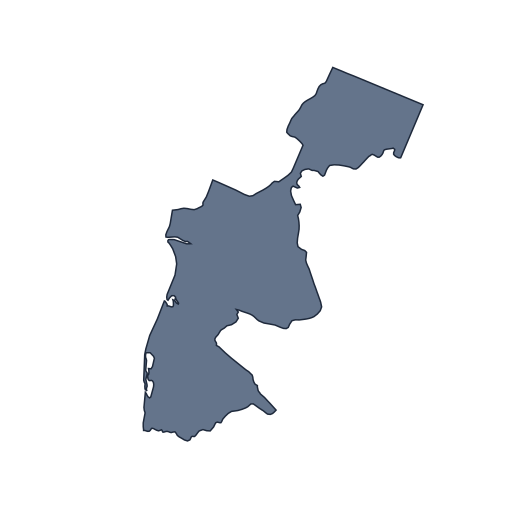 the State of Tabasco, rotated 293°
{"feature_id": "MEX-2725", "entity_name": "Tabasco", "entity_type": "State", "adm_level": 1, "iso_a3": "MEX", "parent_name": "Mexico", "parent_adm1": "", "projection": "albers", "projection_center": [-92.753, 17.95], "detail": "fine", "context": "isolated", "style": "filled", "palette": "slate", "viewbox_px": 512, "rotation_deg": 293, "n_neighbors": 0, "source": "natural_earth", "source_scale": "10m", "svg_char_len": 5858}
<svg xmlns="http://www.w3.org/2000/svg" viewBox="0 0 512 512"><g transform="rotate(293 256 256)"><path d="M459.9,275.6L460.2,313.2L460.5,350.7L403.3,350.8L403.0,350.8L402.6,350.3L402.1,348.6L402.2,346.3L402.7,344.2L403.5,342.9L405.1,342.3L407.0,342.4L408.4,342.0L408.9,340.0L408.4,339.6L405.3,334.4L404.1,332.9L403.1,332.4L400.3,332.6L398.6,332.4L396.7,331.8L395.1,330.8L394.5,329.3L395.1,325.3L395.0,323.2L394.0,322.4L392.8,321.8L391.9,321.0L389.3,320.0L386.5,319.0L384.1,318.2L383.7,318.0L383.3,317.8L382.8,317.7L382.4,317.5L380.1,316.7L377.4,315.6L375.2,314.1L374.3,311.8L374.3,310.4L374.5,309.1L374.5,307.8L374.3,306.3L373.4,301.8L372.2,296.9L370.5,292.3L368.1,288.4L365.4,287.6L362.7,287.3L360.0,287.4L357.2,287.5L355.6,286.4L356.0,284.1L357.2,281.5L358.0,280.2L357.5,276.0L357.2,275.3L356.9,274.7L356.7,273.9L356.8,271.2L356.7,270.3L354.8,267.2L352.3,265.0L349.5,264.5L346.9,266.6L343.5,265.0L341.7,264.6L339.8,264.7L338.3,265.5L337.6,266.7L337.1,268.1L336.2,269.4L334.7,267.5L334.8,262.8L333.0,261.9L332.2,261.9L329.3,262.5L325.5,265.0L321.9,268.8L318.7,272.4L320.9,276.5L318.3,278.6L313.6,279.1L309.6,278.5L306.9,280.5L303.9,282.3L300.7,283.9L297.4,285.2L293.4,286.2L288.7,287.3L284.2,288.8L281.0,291.0L279.9,295.3L280.1,298.7L279.1,301.1L274.6,302.5L271.7,303.3L269.2,305.2L266.8,307.7L264.8,310.0L262.0,312.4L259.2,314.9L256.4,317.4L253.6,319.8L252.3,321.0L251.0,322.3L249.7,323.5L248.4,324.7L246.4,326.5L244.4,328.4L242.4,330.2L240.5,332.0L240.0,332.5L239.4,332.9L239.0,333.4L238.4,333.8L234.8,336.3L230.7,336.5L226.5,335.1L222.8,333.0L221.0,331.3L219.3,329.3L217.8,327.1L216.5,325.0L214.1,320.9L212.6,317.1L210.5,314.4L206.2,313.6L202.9,313.6L201.0,312.2L200.1,309.6L199.9,306.2L199.9,300.5L198.7,295.0L197.4,289.5L197.4,284.0L198.0,281.7L198.8,279.7L199.5,277.8L200.0,275.7L200.2,273.2L200.1,270.8L199.9,268.3L199.7,265.8L199.7,265.6L199.7,265.3L199.6,265.1L199.6,264.8L199.6,262.0L199.5,261.2L199.1,258.8L197.5,261.6L194.7,261.2L191.8,264.0L187.5,263.3L183.2,260.3L180.4,256.5L177.3,255.0L174.7,253.1L173.5,252.5L168.8,251.8L165.6,250.7L163.7,250.5L162.2,251.2L160.6,253.4L159.7,254.0L158.2,254.5L157.9,257.5L154.9,265.3L152.3,273.4L150.0,281.5L147.7,289.6L147.1,291.9L146.7,294.4L145.6,297.1L144.9,299.0L143.2,300.4L141.1,301.6L139.3,303.1L138.0,304.7L137.6,305.5L137.3,307.8L137.0,308.1L136.5,308.1L135.7,308.6L135.2,309.0L133.0,310.5L132.3,311.4L131.5,313.0L130.8,313.8L130.2,315.6L129.1,319.1L127.3,323.0L125.6,326.9L123.8,330.8L122.0,334.7L119.6,333.8L117.5,332.8L115.8,331.1L115.0,328.5L115.2,327.3L115.6,325.8L116.1,324.2L116.5,322.7L116.6,321.5L116.9,320.2L117.1,318.8L117.4,317.5L118.2,314.1L118.8,311.3L117.8,309.1L114.0,307.3L112.1,305.8L109.3,302.9L106.7,299.7L105.3,297.4L103.4,294.2L100.2,291.9L96.5,290.3L93.0,289.2L91.6,289.1L90.1,289.1L88.8,288.8L88.4,287.9L88.0,285.3L86.8,284.1L84.8,283.9L82.1,283.8L77.1,282.2L75.9,278.8L75.5,275.0L72.8,272.1L71.0,271.5L69.3,271.1L67.6,270.7L65.9,270.0L65.6,269.5L65.4,268.8L65.2,268.0L64.7,267.4L63.9,267.1L62.9,267.1L61.8,267.1L60.9,267.0L59.0,265.2L58.7,262.0L59.2,258.5L59.5,255.8L60.1,253.7L61.6,251.8L62.5,250.0L61.3,248.1L60.3,246.9L60.1,245.6L60.1,244.1L59.8,242.6L59.2,241.6L58.5,240.7L57.9,240.0L57.5,239.1L57.9,238.5L58.7,237.7L59.1,236.9L58.0,235.8L57.0,234.6L56.8,232.8L56.9,230.8L57.1,229.3L56.8,227.5L55.7,227.0L54.3,226.8L53.0,226.2L52.3,224.9L52.1,223.5L52.0,222.0L51.5,220.7L51.8,220.6L54.8,218.9L58.3,217.4L68.3,215.2L70.4,213.4L72.9,212.0L87.3,207.4L86.4,208.9L85.2,210.2L84.2,211.6L83.8,213.5L85.1,214.2L95.5,212.8L97.7,212.1L99.5,211.0L100.6,209.5L100.6,208.2L100.0,207.3L99.6,206.4L100.2,205.1L101.0,204.4L102.6,203.5L103.3,202.9L105.0,203.4L106.9,203.0L108.7,202.1L110.4,201.0L111.2,203.5L113.8,203.9L122.2,202.4L123.7,200.8L125.6,196.4L124.3,193.3L123.8,192.6L122.7,192.8L120.9,193.3L119.3,194.2L118.5,195.0L117.0,196.1L107.8,199.1L107.0,199.8L105.9,201.4L105.0,201.9L99.3,202.8L94.9,206.0L93.5,206.7L92.0,206.8L90.5,207.1L89.1,208.4L90.2,205.8L92.6,204.6L95.1,203.8L96.2,202.4L97.7,201.2L121.7,192.1L127.4,190.9L141.4,189.2L159.4,189.8L178.8,189.2L178.8,190.0L177.5,192.1L176.6,193.2L175.3,193.8L175.9,195.0L176.1,198.1L176.9,199.3L178.2,199.3L180.1,198.5L182.1,197.5L183.2,196.6L183.1,198.6L181.6,201.2L181.4,203.2L182.3,203.2L184.2,200.3L185.1,199.3L184.1,198.5L186.7,198.1L187.5,196.1L186.5,193.9L183.7,192.8L180.9,192.3L181.2,191.1L183.2,189.9L185.9,189.2L206.8,188.9L217.7,186.1L224.0,182.3L230.1,176.5L232.8,172.7L233.9,170.9L234.4,169.5L235.6,168.9L236.8,169.1L237.4,170.0L239.1,174.2L240.1,187.5L241.8,191.1L242.7,187.3L241.7,185.2L241.8,182.2L242.7,176.6L241.9,173.7L238.7,167.5L238.3,165.7L240.3,164.7L243.5,164.5L249.3,164.8L252.2,164.4L265.5,161.2L266.8,163.5L268.3,166.1L270.3,168.6L271.8,171.0L272.8,174.2L273.5,177.7L274.5,181.0L276.6,183.4L277.7,184.2L278.7,185.1L279.7,186.0L280.8,186.8L282.1,187.3L283.1,186.9L284.0,186.4L285.2,186.3L290.9,187.2L297.1,187.1L303.3,186.8L309.1,186.5L309.1,192.8L309.0,199.0L308.9,205.3L308.8,211.5L308.5,215.6L308.1,221.2L308.4,226.5L310.3,229.6L313.6,231.8L316.5,234.2L319.4,236.6L322.4,238.8L324.1,239.9L325.8,240.9L327.5,241.7L329.4,242.3L331.9,243.8L332.6,245.9L333.2,248.0L335.3,249.3L338.9,251.6L342.9,254.0L347.0,255.8L351.1,256.0L357.4,256.0L363.7,256.0L370.0,256.0L376.3,256.0L377.4,254.5L378.8,251.4L380.0,248.0L380.6,245.6L380.5,244.5L380.2,243.1L380.0,241.6L380.1,240.1L380.5,239.2L381.0,237.8L381.6,236.5L382.0,235.9L384.6,235.1L388.2,234.9L391.9,235.1L394.8,235.1L396.5,235.2L398.0,235.6L399.4,236.1L401.0,236.5L403.4,237.3L405.6,238.1L407.7,238.7L410.2,239.0L413.1,239.2L415.3,239.9L417.4,241.0L419.7,242.6L421.7,244.2L424.1,246.0L426.6,247.5L429.0,248.0L431.5,247.8L434.1,247.7L436.7,247.9L439.0,248.8L440.5,250.0L441.4,251.2L442.4,252.1L444.3,252.5L448.1,252.6L451.8,252.7L459.6,253.0L459.6,255.5L459.7,262.2L459.7,268.9L459.9,275.6Z" fill="#64748b" stroke="#1e293b" stroke-width="1.5"/></g></svg>